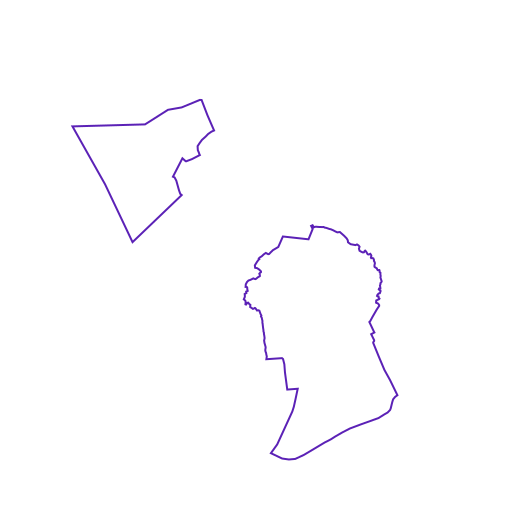 outline of Gombe, Gombe, Nigeria, rotated 242°
{"feature_id": "59680162B83386112613514", "entity_name": "Gombe", "entity_type": "district", "adm_level": 2, "iso_a3": "NGA", "parent_name": "Nigeria", "parent_adm1": "Gombe", "projection": "orthographic", "projection_center": [11.179, 10.302], "detail": "fine", "context": "isolated", "style": "outline", "palette": "violet", "viewbox_px": 512, "rotation_deg": 242, "n_neighbors": 0, "source": "geoboundaries", "source_scale": "gbopen_adm2", "svg_char_len": 3515}
<svg xmlns="http://www.w3.org/2000/svg" viewBox="0 0 512 512"><g transform="rotate(242 256 256)"><path d="M260.6,288.9L253.5,279.9L253.2,273.5L252.8,272.4L252.5,271.2L251.6,268.5L251.9,267.6L254.1,266.1L253.8,263.6L253.1,261.1L252.9,258.7L252.5,257.3L251.6,257.3L251.6,256.8L250.5,254.4L248.3,250.6L247.3,250.2L246.0,249.7L244.7,251.3L242.9,252.3L240.6,253.1L239.9,253.1L239.4,252.8L239.2,251.6L238.8,250.6L237.4,250.5L236.4,249.9L236.3,247.4L236.0,246.2L235.8,244.8L236.6,243.8L237.5,243.1L237.5,240.9L237.6,239.5L237.9,237.9L237.3,235.9L235.8,233.7L233.6,232.3L233.0,233.3L232.2,233.4L230.7,232.7L229.1,232.3L229.2,230.6L227.8,230.1L227.8,228.2L225.7,227.3L224.9,226.7L223.5,224.9L221.6,225.6L220.3,225.3L218.3,224.0L217.8,224.4L218.7,226.4L218.5,227.2L216.8,227.5L215.5,228.1L214.7,227.5L213.6,226.9L212.1,227.8L210.8,228.4L210.6,229.2L210.7,230.5L210.3,230.9L208.5,231.2L207.4,231.3L206.9,232.7L206.1,233.3L202.8,232.8L200.9,232.8L200.3,232.0L198.8,232.1L197.2,231.6L195.9,231.3L195.1,230.9L194.4,230.5L193.8,230.2L193.1,230.1L192.5,229.8L190.2,228.9L188.9,228.4L187.7,228.0L186.7,227.6L185.9,227.2L184.2,226.9L183.7,226.5L182.5,226.1L182.3,226.1L179.6,225.1L179.0,224.7L178.3,224.1L177.4,223.4L176.1,223.0L175.4,222.7L173.5,222.3L171.3,221.8L170.4,221.4L169.3,220.5L168.3,219.9L167.0,219.5L165.7,219.4L164.0,218.8L162.3,218.4L160.0,216.7L153.6,231.0L152.3,231.5L147.1,230.2L139.8,227.0L123.4,220.9L119.2,230.5L110.6,223.3L105.1,218.6L101.6,215.0L79.7,186.3L74.9,176.6L64.9,184.0L60.9,189.5L58.4,195.4L57.9,205.1L59.1,229.3L59.0,232.6L59.0,236.3L59.4,241.0L59.7,249.3L59.6,258.0L58.1,269.5L55.4,288.1L55.9,295.1L56.0,298.7L57.1,302.1L58.2,303.4L62.9,307.6L65.1,309.8L66.3,312.7L66.7,315.5L83.5,316.1L95.1,315.9L109.6,317.2L124.3,318.7L124.8,319.0L125.5,320.4L126.2,320.8L132.9,321.0L132.9,324.6L134.0,324.6L144.5,325.1L144.9,326.3L147.5,330.2L149.0,332.6L152.0,337.4L154.1,341.3L154.8,341.7L156.4,341.5L157.3,341.1L158.0,340.3L158.4,340.1L158.9,340.4L159.5,340.8L160.3,341.3L160.1,344.4L160.4,345.0L161.5,344.7L162.7,345.2L163.4,344.3L163.9,344.1L164.7,345.0L165.3,346.7L165.0,347.9L166.6,349.6L167.4,349.4L168.8,348.7L169.5,349.4L169.0,350.6L169.9,351.0L171.8,351.6L172.6,352.6L173.6,353.1L174.0,354.3L174.7,355.1L176.1,355.3L177.6,355.6L178.5,355.7L179.8,356.7L181.4,357.2L182.8,358.0L183.8,357.6L185.0,358.2L185.7,358.3L186.3,356.9L187.1,356.7L188.3,356.9L190.6,355.6L191.5,355.8L192.5,356.5L193.8,357.6L194.6,357.8L195.5,357.9L196.3,357.8L197.0,358.3L198.8,358.5L199.6,357.7L200.0,356.7L200.7,356.7L201.4,357.4L202.1,358.0L203.3,358.1L204.3,357.9L204.3,356.5L204.6,355.9L205.2,355.4L206.1,355.4L208.3,355.3L209.5,354.9L209.4,354.3L208.6,353.1L208.9,352.1L210.1,351.1L212.0,349.9L214.1,350.3L215.6,351.8L217.2,351.5L218.8,350.6L218.9,349.0L222.0,345.1L224.9,343.7L226.8,344.4L229.0,344.3L232.5,343.3L237.8,341.3L238.7,338.9L240.4,337.6L242.5,336.2L244.5,334.6L245.4,333.5L247.7,331.4L249.0,329.8L249.8,329.4L250.3,328.4L251.6,326.0L252.9,323.9L253.6,322.9L254.1,321.7L254.2,320.6L256.6,320.4L256.7,318.8L253.3,318.7L252.9,318.3L246.1,310.2L260.6,288.9ZM326.2,153.5L344.7,219.0L346.4,218.3L350.4,218.9L359.9,221.0L363.6,221.0L365.0,219.9L376.8,236.9L372.7,238.4L372.4,238.8L371.6,245.0L371.6,246.2L371.5,253.8L372.4,253.8L374.1,254.1L376.7,254.3L378.9,255.3L380.4,256.0L382.1,259.1L383.9,262.8L385.1,267.7L386.2,271.0L386.7,275.1L386.5,277.9L403.0,279.2L419.3,281.2L420.2,279.6L422.1,260.1L426.4,246.9L424.3,219.8L456.6,154.8L390.1,156.4L326.2,153.5Z" fill="none" stroke="#5b21b6" stroke-width="2"/></g></svg>